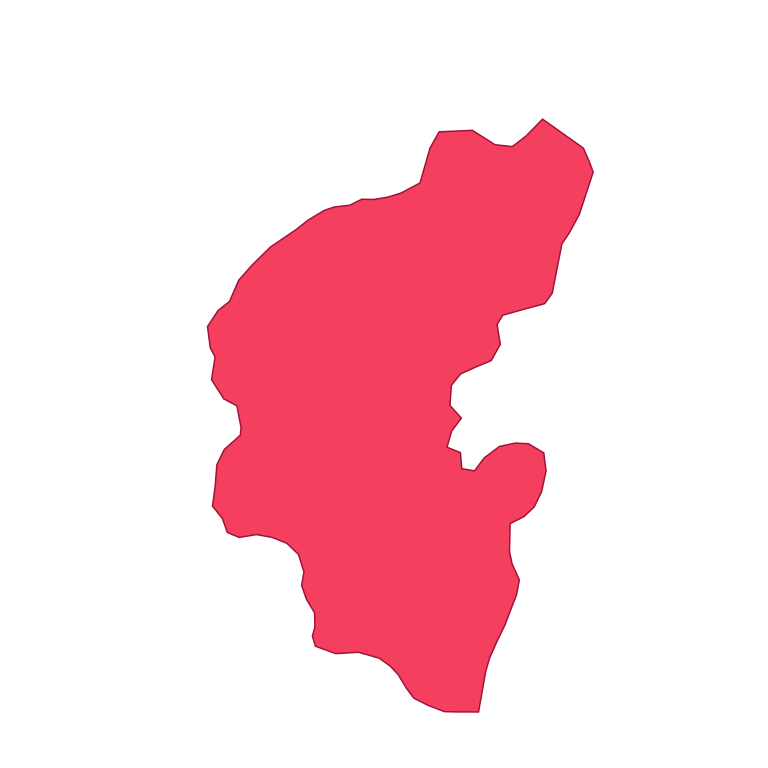 Yeongju-si, North Gyeongsang, South Korea, rotated 16°
{"feature_id": "91817680B73468767289539", "entity_name": "Yeongju-si", "entity_type": "district", "adm_level": 2, "iso_a3": "KOR", "parent_name": "South Korea", "parent_adm1": "North Gyeongsang", "projection": "equal_earth", "projection_center": [128.61, 36.874], "detail": "fine", "context": "isolated", "style": "filled", "palette": "rose", "viewbox_px": 768, "rotation_deg": 16, "n_neighbors": 0, "source": "geoboundaries", "source_scale": "gbopen_adm2", "svg_char_len": 1416}
<svg xmlns="http://www.w3.org/2000/svg" viewBox="0 0 768 768"><g transform="rotate(16 384 384)"><path d="M463.4,85.7L452.0,106.8L441.9,120.4L424.8,123.4L399.0,115.8L367.5,126.4L363.2,144.5L363.2,164.2L363.2,180.8L347.5,195.9L336.0,203.4L323.1,209.5L311.7,212.5L301.7,221.6L287.3,227.6L278.7,233.6L265.9,247.3L257.3,259.3L237.2,283.5L224.3,306.2L215.7,324.4L212.8,347.1L204.2,359.2L198.5,377.4L207.0,397.1L214.2,404.6L217.0,427.4L234.2,442.5L248.6,445.5L258.6,465.3L260.0,472.8L248.5,491.0L245.6,507.7L249.9,528.9L252.8,548.7L265.7,557.8L274.3,569.9L287.2,571.4L302.9,563.9L318.7,562.3L334.5,563.9L348.8,571.4L358.8,586.6L360.3,600.3L368.9,612.4L380.3,623.1L384.6,636.7L384.6,645.9L390.4,655.0L411.9,656.5L433.4,648.9L454.9,648.9L467.8,653.5L477.8,659.5L489.3,670.2L499.3,677.8L515.1,680.8L532.3,682.3L543.8,679.3L565.3,673.2L561.0,632.2L561.0,618.5L563.8,598.8L566.7,582.1L568.1,565.4L569.5,550.2L568.1,535.0L559.2,524.5L556.6,521.4L550.9,510.7L543.7,483.4L555.2,472.8L562.3,460.7L565.2,444.0L563.7,422.8L556.6,406.2L539.4,401.6L526.5,404.6L512.2,412.2L500.7,427.4L495.0,442.5L482.1,444.0L476.4,428.9L462.0,427.4L462.0,410.7L467.8,395.5L453.4,386.5L449.1,366.8L454.9,353.1L469.2,341.0L480.6,332.0L484.9,313.8L476.3,295.6L479.2,285.1L496.4,274.5L516.4,262.4L520.7,250.3L516.4,200.4L520.7,186.8L525.0,167.2L526.7,122.8L520.6,114.3L510.6,102.3L463.4,85.7Z" fill="#f43f5e" stroke="#9f1239" stroke-width="1.5"/></g></svg>